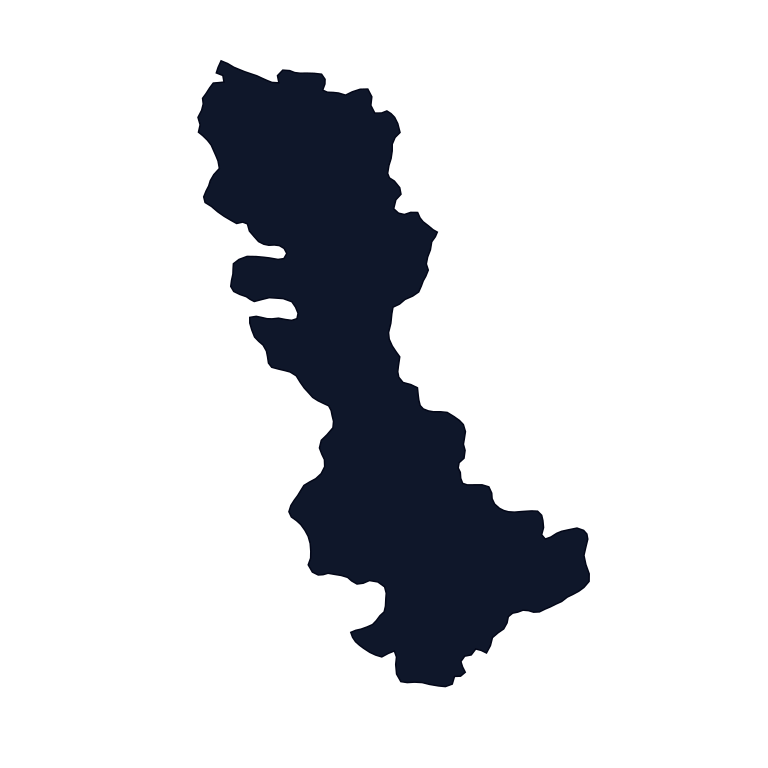 the district of Santo Hipólito, Minas Gerais, Brazil, rotated 15°
{"feature_id": "56859067B25350866893679", "entity_name": "Santo Hipólito", "entity_type": "district", "adm_level": 2, "iso_a3": "BRA", "parent_name": "Brazil", "parent_adm1": "Minas Gerais", "projection": "orthographic", "projection_center": [-44.176, -18.392], "detail": "fine", "context": "isolated", "style": "filled", "palette": "ink", "viewbox_px": 768, "rotation_deg": 15, "n_neighbors": 0, "source": "geoboundaries", "source_scale": "gbopen_adm2", "svg_char_len": 4250}
<svg xmlns="http://www.w3.org/2000/svg" viewBox="0 0 768 768"><g transform="rotate(15 384 384)"><path d="M143.0,114.0L141.8,121.1L141.5,126.9L148.5,127.7L151.3,133.8L146.5,135.6L141.2,137.5L139.0,143.0L136.9,149.6L134.8,155.0L136.9,160.3L137.0,166.9L135.3,174.6L139.3,181.2L139.6,188.8L144.6,191.0L150.3,194.2L155.2,197.9L159.4,203.1L162.4,206.8L165.9,211.4L169.2,218.4L165.4,225.8L163.6,232.5L163.4,238.1L162.2,243.5L161.4,249.9L164.2,255.0L171.2,257.1L178.8,260.7L186.2,263.4L194.1,265.6L200.1,267.1L205.6,264.2L210.6,264.7L214.4,271.1L220.5,275.3L226.0,278.9L231.7,280.1L236.8,279.8L242.1,278.1L247.1,277.4L252.4,278.9L256.3,283.1L254.8,288.8L249.4,291.1L240.5,291.9L235.0,292.7L227.5,294.0L218.7,296.2L211.7,301.2L207.4,306.8L208.4,311.7L209.6,316.9L209.9,323.4L210.7,329.4L214.9,333.5L221.5,334.8L228.5,335.3L232.8,336.9L237.3,337.9L244.1,334.0L250.8,330.3L257.7,328.9L264.6,327.6L273.7,328.4L278.7,332.7L282.7,338.0L283.0,343.4L278.4,346.4L272.2,347.2L265.1,347.7L258.9,350.1L254.1,351.2L248.3,351.4L243.1,351.7L237.1,354.4L238.6,359.9L242.3,366.0L246.8,372.1L252.1,375.3L257.1,377.7L261.9,382.6L264.4,387.7L267.0,393.7L271.2,396.9L277.9,396.9L284.7,396.7L290.1,396.7L297.1,398.8L302.6,404.0L308.1,408.6L313.6,412.1L318.6,415.4L324.7,417.3L331.6,418.6L336.2,419.4L339.8,423.3L342.0,427.8L344.9,433.1L346.0,439.5L342.0,447.9L338.0,454.6L338.2,462.5L342.2,468.0L346.0,472.4L348.1,479.2L346.5,486.9L342.5,493.2L337.5,497.9L332.9,502.7L331.0,509.0L329.5,514.1L327.4,519.4L325.5,525.4L325.2,532.0L328.9,536.4L334.8,538.6L340.0,541.3L345.5,545.8L350.2,550.8L354.0,557.2L356.6,564.6L358.2,571.2L357.6,578.3L363.5,584.2L369.9,585.5L374.6,583.9L378.9,581.3L385.4,580.7L392.2,580.0L398.9,580.2L403.7,582.6L409.7,584.2L415.5,581.8L420.8,577.6L429.3,576.8L437.1,579.8L440.3,585.5L441.3,590.8L442.9,598.2L443.1,604.1L440.1,608.8L437.8,614.6L435.2,619.3L430.6,623.0L425.3,626.7L420.5,629.2L416.2,632.5L419.2,636.8L423.2,640.3L427.8,642.6L432.5,644.5L439.8,646.9L446.1,648.0L452.5,648.2L457.9,643.1L463.1,639.2L466.7,644.5L467.9,651.9L471.2,660.9L477.3,667.1L483.7,666.4L490.6,664.1L498.2,662.5L505.7,662.4L515.0,661.5L521.6,660.4L527.6,656.2L527.8,648.2L533.6,646.4L537.1,641.4L533.1,636.9L530.1,632.2L532.4,626.0L538.4,623.1L541.2,616.2L546.9,616.2L552.6,617.3L554.5,609.1L554.4,600.9L558.5,594.9L563.0,589.6L564.7,582.9L564.3,576.6L567.5,572.1L572.3,569.7L576.8,566.5L582.3,565.5L587.5,565.7L593.1,563.9L597.9,559.7L602.4,556.2L606.9,552.2L611.9,548.1L616.2,542.4L621.5,537.8L626.0,533.5L629.8,528.7L633.2,521.6L631.3,514.2L625.7,506.1L621.5,497.8L621.2,489.6L621.0,481.1L618.8,476.4L614.7,473.7L607.7,473.2L599.7,477.2L593.7,480.3L589.5,483.5L584.6,488.8L579.9,492.0L575.3,488.8L575.3,481.4L572.8,474.7L570.3,470.0L565.3,467.1L559.4,468.4L554.6,470.0L549.3,471.8L543.2,474.0L537.3,475.2L532.5,475.2L527.7,474.2L521.9,471.3L518.1,466.8L516.3,461.5L511.9,456.2L504.8,456.0L500.3,457.2L495.3,458.6L490.5,459.9L485.7,459.6L482.5,455.2L480.6,449.6L477.4,445.9L476.9,440.6L480.5,435.0L479.5,427.1L476.3,421.6L475.8,416.3L475.0,408.9L471.2,402.7L466.5,399.8L460.2,397.4L452.4,395.1L445.7,396.2L439.1,398.0L433.8,398.5L428.4,397.9L424.5,395.4L421.8,390.5L419.8,385.6L417.3,379.0L410.0,377.6L402.0,377.6L396.5,373.6L394.1,368.6L393.3,363.1L392.2,353.7L387.2,349.6L382.1,345.1L377.4,339.3L375.1,333.2L374.9,323.6L373.4,314.2L372.8,307.5L378.4,302.7L382.4,296.9L389.0,291.6L393.7,286.1L394.7,279.7L395.2,274.2L396.5,269.1L397.3,262.5L393.8,257.1L393.3,250.1L394.1,242.4L393.3,234.3L395.5,228.4L396.2,223.5L391.5,222.3L385.9,219.7L379.7,217.1L375.8,214.2L372.1,209.6L365.4,211.3L359.8,215.0L353.8,215.2L348.0,212.2L347.8,203.0L351.3,196.3L348.4,190.3L341.5,185.3L335.9,183.5L333.0,179.6L332.2,171.6L332.5,164.4L331.6,156.7L329.9,150.2L330.9,143.0L334.4,136.9L329.9,128.9L325.3,123.7L320.8,121.0L316.1,119.5L311.5,122.9L305.0,124.7L299.2,118.3L297.9,109.7L292.0,103.3L284.6,105.5L277.7,110.0L272.1,114.9L264.8,114.7L259.6,115.5L253.8,116.8L248.7,116.0L249.3,109.5L248.2,104.9L243.5,100.9L236.2,102.0L228.6,103.8L222.7,105.5L217.2,106.3L211.8,105.7L205.0,107.0L201.3,113.7L204.5,120.3L197.7,121.7L192.7,121.1L187.0,120.2L181.4,119.2L176.4,118.9L168.6,118.4L163.0,117.7L156.9,116.9L150.3,115.0L143.0,114.0Z" fill="#0f172a" stroke="#020617" stroke-width="1.5"/></g></svg>